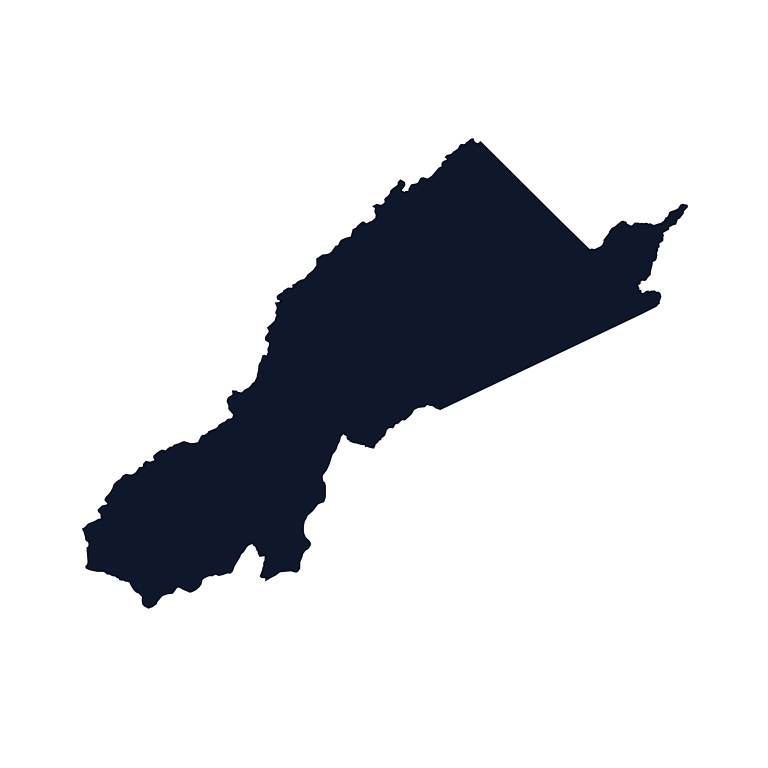 Ji-Paraná, Rondônia, Brazil (Robinson projection), rotated 225°
{"feature_id": "56859067B65069967898221", "entity_name": "Ji-Paraná", "entity_type": "district", "adm_level": 2, "iso_a3": "BRA", "parent_name": "Brazil", "parent_adm1": "Rondônia", "projection": "robinson", "projection_center": [-61.749, -10.449], "detail": "fine", "context": "isolated", "style": "filled", "palette": "ink", "viewbox_px": 768, "rotation_deg": 225, "n_neighbors": 0, "source": "geoboundaries", "source_scale": "gbopen_adm2", "svg_char_len": 6107}
<svg xmlns="http://www.w3.org/2000/svg" viewBox="0 0 768 768"><g transform="rotate(225 384 384)"><path d="M477.9,58.2L467.5,49.3L465.9,47.1L465.6,44.2L464.0,43.5L460.4,45.1L454.5,48.9L450.0,53.4L448.3,54.0L445.6,54.1L443.3,56.0L440.9,56.5L438.2,58.5L435.7,58.7L433.9,59.8L432.6,59.0L430.4,60.4L429.7,61.6L427.9,61.7L425.7,63.5L423.5,64.4L420.4,63.1L415.0,61.9L412.0,62.0L409.6,63.1L404.1,63.0L402.0,60.3L399.1,58.1L396.6,57.8L392.2,59.2L390.5,62.9L389.8,67.7L390.8,69.3L391.4,76.7L391.2,78.2L388.8,83.0L386.1,86.0L385.9,87.4L386.8,93.2L386.4,95.1L384.4,96.2L381.4,96.9L374.1,99.8L373.0,101.8L371.8,106.0L371.6,109.9L372.1,113.1L374.5,116.8L374.5,118.6L373.6,121.9L372.3,125.0L369.9,127.2L369.3,130.0L367.9,131.1L365.6,131.9L363.2,135.8L361.5,139.7L359.1,141.7L359.2,144.6L361.4,149.3L364.1,160.1L364.9,161.4L365.2,163.1L365.0,165.9L366.3,171.6L366.2,174.5L364.8,177.8L363.5,178.8L361.8,178.0L360.4,178.8L355.8,176.8L354.3,176.9L353.0,175.5L350.0,174.6L347.6,178.0L346.5,178.9L343.0,175.0L342.6,173.1L341.6,171.7L340.3,170.9L339.5,168.6L338.1,166.8L335.5,160.9L333.8,160.8L330.2,163.9L328.8,161.9L327.8,166.2L325.8,172.3L325.0,177.8L317.9,186.3L313.3,188.9L312.8,190.6L313.4,193.9L317.8,198.4L319.9,203.4L321.6,206.2L322.4,210.5L321.5,214.2L322.2,217.1L323.1,218.8L324.8,219.6L326.7,219.8L330.9,219.6L334.7,221.1L336.9,222.6L340.9,226.6L343.6,230.7L344.1,233.1L345.6,236.6L345.1,243.7L346.1,251.3L346.0,253.2L343.6,258.1L345.7,262.4L353.6,270.4L356.3,271.9L357.6,271.5L359.1,272.1L362.0,274.2L363.3,275.9L364.2,282.5L366.1,287.8L371.2,297.7L371.5,301.7L372.3,304.5L374.3,308.4L375.2,311.9L377.8,316.0L377.9,319.5L377.4,321.0L376.1,320.6L373.4,321.5L371.9,320.0L370.2,319.5L368.8,320.4L367.6,319.8L363.6,321.6L362.1,322.9L357.2,325.6L355.3,327.4L354.2,328.0L353.0,327.0L352.1,328.4L350.5,328.8L346.3,331.4L346.8,333.4L348.0,335.1L347.7,337.9L348.1,341.2L347.2,342.3L348.1,343.3L347.5,348.1L350.2,353.5L350.0,356.3L349.1,357.8L347.0,359.4L347.4,361.5L348.2,362.5L347.7,364.6L346.4,366.6L346.6,370.0L346.1,371.8L344.1,373.4L343.7,382.0L345.1,386.9L343.6,391.6L339.5,396.7L339.4,400.2L336.7,401.5L334.0,403.6L330.7,403.9L326.4,405.9L251.9,615.7L246.6,632.0L247.1,633.2L246.6,635.6L247.7,636.3L250.1,641.3L252.7,642.9L254.9,642.7L255.9,641.3L258.7,640.7L259.6,639.2L260.7,638.3L261.3,636.3L262.8,636.3L263.9,634.5L263.8,633.0L264.6,630.9L266.0,629.7L268.7,631.4L270.0,629.8L271.4,631.6L274.6,632.9L275.7,634.3L274.5,634.7L274.3,636.4L275.9,637.6L275.2,640.2L273.2,641.5L272.7,642.9L273.4,645.8L273.3,649.5L275.3,651.7L279.4,658.5L281.1,659.8L279.9,663.3L280.5,665.1L282.3,667.8L284.4,669.3L285.3,672.1L287.0,672.9L286.7,675.5L289.1,677.2L289.3,679.1L288.6,681.4L288.7,682.8L290.9,684.8L291.8,686.6L293.8,687.2L294.2,688.5L292.4,694.5L293.6,695.9L294.0,697.1L293.1,698.7L292.7,700.6L291.1,703.4L293.5,708.3L292.6,710.2L293.3,716.1L294.8,717.9L294.9,723.7L296.0,724.5L299.7,722.1L300.5,720.5L299.5,716.0L300.8,712.3L302.7,708.6L303.0,707.0L301.9,705.2L301.1,702.6L301.8,700.5L300.7,697.2L301.4,695.0L300.6,693.7L301.9,692.8L305.2,686.5L309.1,685.2L309.5,683.5L310.9,683.6L312.2,682.7L313.6,680.7L315.2,679.6L316.4,677.9L318.0,677.2L320.2,675.0L320.0,672.3L320.5,670.1L325.6,668.5L327.6,669.3L328.5,668.4L329.8,668.1L330.7,666.7L331.6,658.1L332.6,655.3L332.0,651.6L331.1,649.9L330.0,641.4L328.8,640.4L327.3,636.7L327.5,634.4L329.9,627.7L332.2,626.3L333.5,624.1L373.0,623.6L486.9,623.3L487.0,620.6L488.2,619.5L491.0,618.7L494.5,620.1L495.4,618.0L495.4,615.5L496.1,613.3L495.7,610.9L496.7,609.3L498.2,608.3L498.8,606.7L497.4,602.8L498.6,597.2L498.4,594.0L500.8,590.1L500.8,588.0L498.7,588.1L497.1,587.0L498.7,584.4L499.0,582.5L498.7,581.0L496.3,578.8L497.6,575.5L496.7,565.2L497.5,560.8L498.1,559.4L502.2,557.3L503.1,555.2L501.7,550.6L502.3,548.4L505.2,544.2L503.9,539.5L502.2,537.8L504.5,535.4L504.5,533.6L506.3,533.4L507.9,532.5L509.2,533.5L509.8,538.6L510.6,539.7L512.0,540.7L513.8,540.5L516.5,539.6L516.2,536.7L514.4,534.4L515.5,528.4L515.5,525.2L514.0,523.1L513.5,519.8L514.0,517.2L513.8,515.1L512.0,514.1L511.1,512.5L511.9,508.2L515.8,505.8L517.1,502.2L515.2,502.6L513.8,502.2L512.4,499.7L508.8,498.2L506.9,495.5L507.2,490.2L508.2,488.6L509.0,485.5L510.5,483.9L512.3,484.2L513.4,483.3L513.7,482.1L514.0,476.8L513.6,474.6L514.8,471.4L511.6,465.9L510.7,465.1L513.8,460.0L515.3,456.5L515.5,454.1L513.8,449.6L515.3,447.2L514.0,440.9L514.4,437.6L516.1,434.3L518.3,432.0L519.7,424.9L515.0,420.5L514.0,414.1L514.8,407.1L514.1,404.8L514.1,401.3L515.7,398.9L517.0,395.1L516.9,392.5L518.2,389.4L516.3,388.4L516.5,386.5L519.4,383.9L520.6,378.9L519.8,377.9L521.4,371.7L520.8,369.9L519.0,369.0L516.4,370.4L515.3,369.3L515.6,367.0L517.7,364.7L514.5,363.5L512.6,361.9L510.7,357.9L507.8,357.3L507.4,355.0L505.5,351.9L505.5,345.8L505.9,341.6L503.5,341.1L501.7,339.7L500.8,334.1L500.1,332.8L498.6,331.6L494.8,332.6L493.4,331.9L491.9,330.1L490.6,326.7L487.6,324.5L487.4,322.9L485.9,320.8L488.7,319.5L489.4,318.4L486.3,312.8L486.2,310.7L485.2,308.6L482.2,305.2L479.4,300.5L478.4,299.6L476.5,294.3L477.0,290.9L476.4,289.2L476.5,285.4L477.8,281.8L478.0,276.8L480.2,275.5L480.9,274.5L483.2,274.4L485.9,272.0L483.2,270.1L483.0,268.8L484.0,265.3L483.8,263.2L482.5,261.0L478.3,259.3L475.9,256.8L468.7,256.4L466.8,253.3L467.3,250.5L468.5,249.6L469.2,248.3L469.2,244.9L470.4,242.1L471.3,238.2L470.6,236.3L470.9,233.6L474.0,226.3L473.5,224.6L474.3,220.5L475.8,219.4L475.9,217.9L473.6,211.2L475.6,208.0L478.5,204.8L484.5,201.7L485.5,199.8L486.3,197.1L488.8,192.5L488.8,189.7L490.4,187.9L490.9,184.2L490.3,182.6L494.2,180.0L495.4,174.7L495.6,170.5L494.9,169.5L491.3,168.3L493.9,163.0L497.4,160.9L497.2,157.5L495.4,155.4L496.2,153.4L497.6,152.0L496.4,146.2L497.2,142.0L499.4,139.5L502.3,137.6L503.3,134.6L502.6,130.2L503.6,126.2L503.6,122.2L501.6,118.2L500.6,114.4L500.2,112.0L500.2,107.5L499.2,104.9L497.2,104.6L495.1,104.8L494.0,103.5L494.5,101.9L496.8,98.4L496.9,93.1L496.0,92.3L492.0,92.2L489.8,90.0L488.3,89.8L488.5,88.3L490.0,86.3L491.2,82.0L493.9,75.8L493.6,71.4L494.4,68.5L491.2,67.5L486.0,64.5L485.0,63.4L483.6,63.1L481.5,63.7L480.1,63.1L478.3,61.5L477.5,59.9L477.9,58.2Z" fill="#0f172a" stroke="#020617" stroke-width="1.5"/></g></svg>